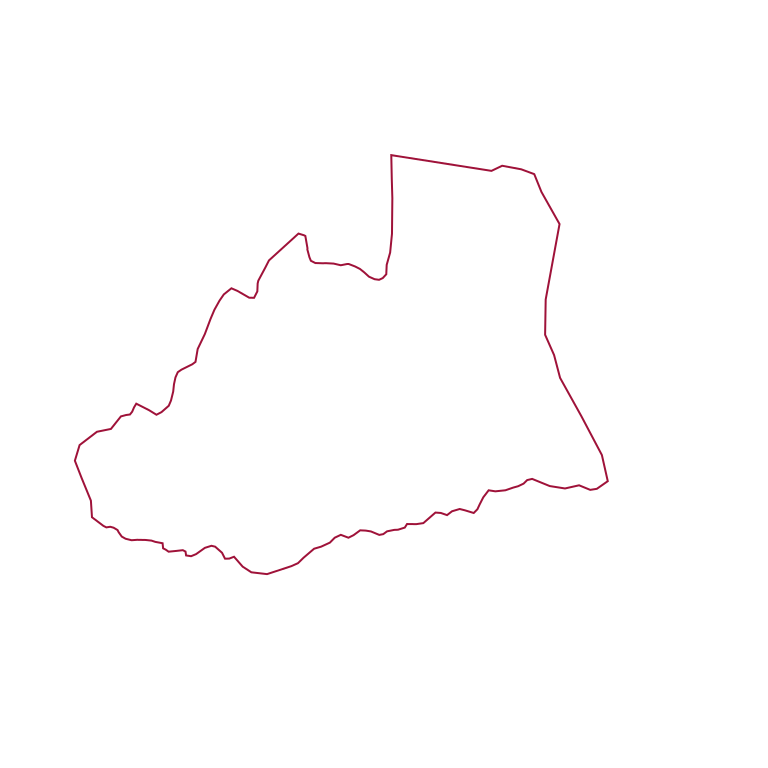 the district of Bogangolo, Ombella-M'Poko, Central African Republic, rotated 297°
{"feature_id": "33826404B36599130273361", "entity_name": "Bogangolo", "entity_type": "district", "adm_level": 2, "iso_a3": "CAF", "parent_name": "Central African Republic", "parent_adm1": "Ombella-M'Poko", "projection": "albers", "projection_center": [18.123, 5.472], "detail": "fine", "context": "isolated", "style": "outline", "palette": "rose", "viewbox_px": 768, "rotation_deg": 297, "n_neighbors": 0, "source": "geoboundaries", "source_scale": "gbopen_adm2", "svg_char_len": 2146}
<svg xmlns="http://www.w3.org/2000/svg" viewBox="0 0 768 768"><g transform="rotate(297 384 384)"><path d="M591.2,286.6L570.5,297.7L553.3,307.1L521.5,322.9L503.9,329.8L491.4,332.3L482.8,336.2L477.8,334.8L474.6,332.3L473.1,328.0L472.8,321.9L474.5,315.7L475.6,310.3L475.6,304.9L474.9,298.1L474.2,296.7L470.2,291.6L468.4,284.4L465.2,277.2L463.8,274.7L460.6,267.9L460.6,262.9L463.1,260.0L469.1,254.6L470.2,254.2L480.2,246.7L480.2,245.2L479.2,239.5L441.9,225.4L434.1,225.4L419.0,225.1L416.2,225.8L409.0,229.1L401.8,229.1L399.7,224.7L400.0,219.0L400.4,211.1L400.0,204.6L391.1,200.6L383.6,199.6L373.2,199.2L363.2,199.9L347.1,201.7L330.6,202.1L318.1,206.0L314.5,204.2L310.2,201.0L304.8,197.0L300.9,194.9L295.2,195.2L288.4,197.0L281.6,199.6L272.6,201.7L266.9,202.1L257.9,198.5L253.3,195.2L254.0,186.6L254.0,172.2L249.7,171.9L245.0,172.2L241.5,171.5L239.3,168.3L235.7,164.3L228.9,162.9L220.0,161.1L211.1,149.9L191.4,140.5L175.3,143.4L163.1,157.1L147.0,175.8L132.7,184.3L130.2,198.4L130.2,201.7L132.5,204.9L133.2,208.3L132.9,212.9L131.5,214.8L129.0,219.6L128.8,224.0L130.2,230.0L133.1,234.8L136.8,242.4L138.9,247.9L139.5,251.9L141.6,259.0L137.3,261.8L137.3,264.8L136.8,268.2L141.1,274.9L144.6,280.2L144.6,283.2L141.4,285.5L143.0,290.3L147.1,293.8L151.9,296.3L156.7,298.8L161.5,303.7L162.4,307.4L160.1,316.3L156.2,321.6L158.1,325.3L162.0,328.8L157.1,341.0L156.0,351.3L161.5,366.1L179.6,384.1L185.3,388.7L192.7,391.2L205.5,396.5L210.5,401.8L218.1,407.8L224.7,409.9L230.0,414.0L230.9,422.1L235.5,425.5L242.8,429.2L245.1,434.3L246.7,439.3L247.4,448.3L249.9,451.5L254.1,453.6L258.7,459.4L260.5,462.6L265.5,467.7L269.7,468.1L273.8,476.4L277.9,482.2L287.1,485.9L292.8,488.2L294.9,493.2L295.8,499.7L301.5,502.4L307.0,508.2L308.2,513.5L309.8,522.5L314.8,524.1L320.1,523.9L328.1,523.9L336.8,525.5L338.9,531.9L344.4,540.4L350.4,546.2L353.8,549.9L358.6,553.6L363.4,555.2L366.7,559.1L368.3,578.0L373.1,592.7L382.3,603.8L383.3,615.8L387.2,621.2L399.0,627.5L419.6,610.4L444.9,574.5L469.4,538.1L487.0,522.4L501.0,505.2L532.7,489.7L606.2,467.8L626.6,437.1L639.2,422.6L637.6,408.8L632.1,390.2L622.7,383.0L591.2,286.6Z" fill="none" stroke="#9f1239" stroke-width="2"/></g></svg>